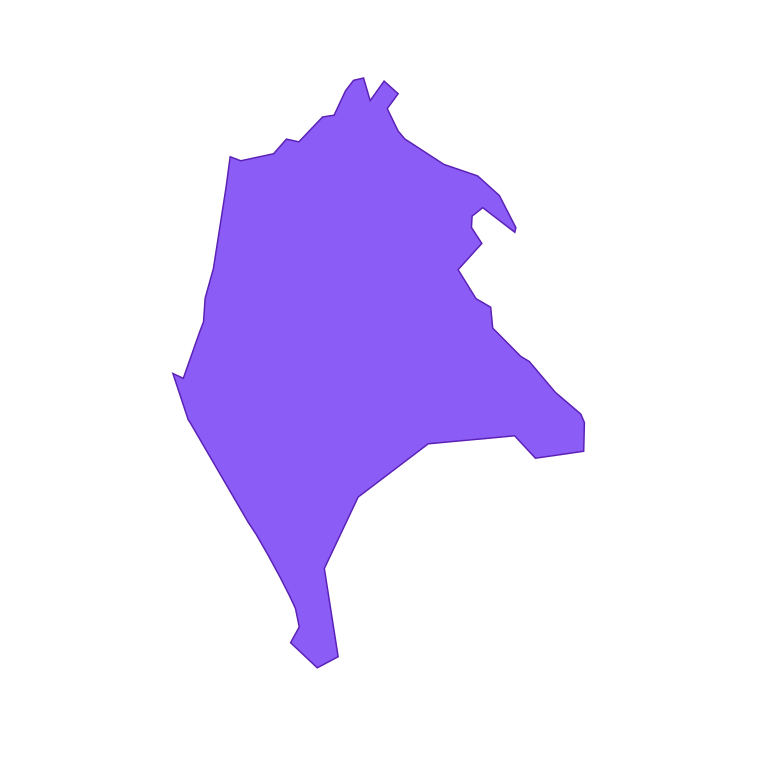 the district of Cataño, Puerto Rico, rotated 106°
{"feature_id": "32010507B33074408407079", "entity_name": "Cataño", "entity_type": "district", "adm_level": 2, "iso_a3": "PRI", "parent_name": "Puerto Rico", "parent_adm1": "", "projection": "orthographic", "projection_center": [-66.144, 18.442], "detail": "fine", "context": "isolated", "style": "filled", "palette": "violet", "viewbox_px": 768, "rotation_deg": 106, "n_neighbors": 0, "source": "geoboundaries", "source_scale": "gbopen_adm2", "svg_char_len": 1021}
<svg xmlns="http://www.w3.org/2000/svg" viewBox="0 0 768 768"><g transform="rotate(106 384 384)"><path d="M658.4,402.5L659.9,399.6L675.2,370.0L674.7,369.4L658.8,352.9L577.8,390.5L552.2,386.3L499.8,377.7L429.3,325.0L420.0,301.2L406.4,266.2L397.8,244.2L398.6,242.8L409.7,224.4L413.6,218.0L393.6,173.5L365.9,180.7L358.7,186.5L344.8,217.0L322.3,250.6L320.3,258.3L319.6,260.5L300.3,294.9L280.8,302.6L276.6,319.1L253.7,344.3L221.9,328.7L209.4,343.1L198.3,345.6L187.3,337.7L202.1,300.1L197.4,300.3L171.1,325.0L158.2,351.3L156.4,387.0L142.7,431.6L136.9,440.2L118.4,456.8L101.1,450.4L92.8,467.4L115.4,475.4L95.5,488.0L100.5,497.0L112.7,501.8L139.6,506.1L139.6,506.6L144.3,516.7L174.7,532.6L175.5,545.3L193.1,553.6L208.9,583.2L208.0,594.5L219.1,592.9L238.0,590.1L320.2,579.8L350.7,579.6L374.1,574.6L384.0,575.5L433.9,578.5L432.1,589.8L472.1,562.5L475.7,558.5L554.4,476.4L563.9,465.3L580.9,447.8L598.0,431.0L613.2,416.8L623.4,407.9L624.8,406.9L640.9,398.5L658.4,402.5Z" fill="#8b5cf6" stroke="#5b21b6" stroke-width="1.5"/></g></svg>